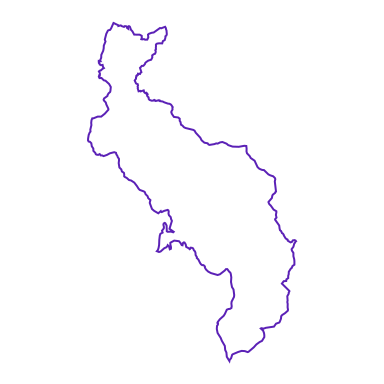 outline of Zavoi, Caras-Severin, Romania
{"feature_id": "2599482B12025753001267", "entity_name": "Zavoi", "entity_type": "district", "adm_level": 2, "iso_a3": "ROU", "parent_name": "Romania", "parent_adm1": "Caras-Severin", "projection": "orthographic", "projection_center": [22.559, 45.382], "detail": "fine", "context": "isolated", "style": "outline", "palette": "violet", "viewbox_px": 384, "rotation_deg": 0, "n_neighbors": 0, "source": "geoboundaries", "source_scale": "gbopen_adm2", "svg_char_len": 5941}
<svg xmlns="http://www.w3.org/2000/svg" viewBox="0 0 384 384"><path d="M287.6,307.3L287.7,303.9L287.3,302.0L287.6,300.7L287.3,296.2L288.7,293.7L288.7,292.6L289.4,291.4L289.4,291.0L281.9,283.6L283.7,281.2L286.2,281.0L286.4,279.4L288.2,278.1L288.2,275.8L288.7,274.2L288.8,271.8L290.8,268.6L291.7,268.0L292.5,266.0L294.4,264.7L294.4,261.1L294.2,259.2L293.4,256.2L293.4,252.9L291.9,250.6L291.6,249.2L293.4,246.8L294.3,243.4L295.1,242.6L295.5,241.5L296.0,241.2L295.5,240.5L294.5,240.1L292.8,240.4L291.9,241.9L290.6,242.4L287.9,240.8L287.6,240.4L287.6,239.6L285.7,238.5L283.8,235.4L283.7,234.7L282.9,233.6L282.0,233.1L281.1,231.1L280.0,230.2L279.6,228.6L279.2,225.5L275.1,219.7L275.2,219.0L276.5,217.6L275.9,215.0L276.4,212.1L276.3,211.2L273.6,209.6L270.7,205.5L269.4,204.3L268.5,202.4L268.5,201.9L271.9,198.0L272.3,195.7L272.8,194.7L275.1,192.9L275.3,192.2L276.0,191.6L274.8,181.4L275.3,179.1L274.9,178.0L273.2,176.3L270.2,175.3L268.4,174.4L264.0,170.1L262.1,169.9L260.3,169.2L259.0,168.5L257.5,167.0L254.6,160.7L250.7,158.0L249.7,156.1L247.0,153.3L246.5,151.4L246.6,148.7L246.3,146.0L244.3,145.8L238.8,146.8L232.6,146.6L228.2,145.1L226.6,143.7L222.4,142.0L220.1,142.4L217.7,143.6L216.2,143.4L214.4,144.1L209.6,144.9L208.5,144.5L207.6,143.3L204.4,142.7L201.6,140.3L200.3,137.7L195.7,132.7L194.6,130.7L193.3,129.9L185.5,128.0L183.9,127.2L182.4,125.5L181.0,124.7L180.5,122.0L179.7,120.8L179.7,118.7L178.2,117.5L173.9,116.9L171.7,113.6L171.7,113.1L171.3,112.4L171.4,111.5L172.5,109.6L172.4,107.5L172.7,107.1L171.1,104.7L169.6,103.8L167.9,103.6L164.2,102.3L162.7,101.5L159.8,101.1L159.6,101.0L159.7,100.5L158.9,100.2L155.7,101.0L154.7,100.6L154.8,100.2L154.2,99.9L153.2,100.6L151.7,100.7L149.5,99.9L148.7,98.9L148.6,97.4L147.4,96.3L146.8,94.3L147.5,94.2L147.3,93.6L146.2,92.7L145.5,93.2L144.8,92.8L144.2,92.2L143.7,90.4L140.6,91.4L140.2,90.9L138.6,91.3L137.7,88.3L137.9,87.8L137.6,86.4L138.0,85.5L137.7,84.7L137.8,84.3L136.0,83.4L134.7,80.5L136.0,78.7L136.0,77.1L136.6,76.5L136.4,75.7L137.2,75.0L137.9,74.9L138.0,73.7L140.0,74.0L140.5,72.9L141.4,72.2L140.0,67.9L140.3,67.6L141.8,65.9L143.4,65.8L144.9,64.1L145.3,62.9L146.4,61.9L148.3,60.6L151.2,59.7L152.3,57.5L152.2,55.4L153.6,54.3L155.1,53.7L155.7,52.1L155.7,51.0L155.3,50.2L156.0,49.1L155.8,48.0L156.0,46.3L155.9,44.8L156.2,44.2L157.1,43.6L159.1,43.3L162.2,43.4L162.9,41.1L164.7,40.1L165.4,37.7L165.4,36.3L166.4,35.5L166.8,34.1L166.5,30.5L166.0,29.2L165.9,28.2L165.1,26.8L161.2,28.3L160.0,28.0L153.7,32.5L151.6,32.8L148.9,33.8L148.0,34.6L148.3,37.4L147.3,39.6L145.1,39.7L144.0,39.1L142.2,39.4L141.3,39.2L141.8,37.7L141.7,35.8L139.7,34.7L134.2,34.6L132.4,31.3L131.0,29.8L129.9,26.8L129.4,26.3L128.6,26.2L127.8,26.7L128.1,28.7L127.1,28.0L126.8,26.8L126.0,26.2L124.6,26.2L124.0,26.9L121.7,26.1L120.8,25.4L118.4,26.0L118.4,25.3L113.5,23.0L111.1,28.4L110.1,29.9L108.3,30.3L107.8,30.8L106.3,33.8L104.8,39.6L105.5,41.5L103.8,45.6L103.7,48.2L103.2,50.8L101.3,54.9L101.2,57.8L100.3,59.9L100.4,60.6L99.6,60.7L100.0,61.1L98.9,61.1L99.0,62.0L98.8,62.0L98.9,63.0L99.5,63.2L99.7,64.5L101.0,65.2L102.6,64.9L103.0,66.9L103.9,68.1L102.6,68.8L100.7,70.5L100.1,70.5L98.9,71.4L99.9,73.4L99.9,75.1L99.6,76.1L99.1,75.7L98.8,76.7L99.5,78.1L101.5,78.0L103.8,80.3L105.5,80.7L109.1,84.0L110.8,87.0L110.4,91.0L110.1,92.0L108.6,93.3L107.7,94.8L107.4,96.0L104.1,98.4L103.6,99.8L104.0,100.6L105.8,102.5L106.3,104.4L108.3,108.6L108.4,109.7L104.8,113.7L101.2,116.6L97.7,116.6L93.5,118.3L92.3,118.3L91.5,120.2L91.2,122.9L91.4,125.1L90.3,129.7L90.5,131.6L89.7,132.5L88.7,134.9L88.1,138.5L88.0,140.3L88.6,141.5L89.9,141.8L91.3,143.2L91.8,146.3L93.3,148.5L93.4,150.9L95.3,152.9L95.8,154.2L96.4,154.6L98.1,154.9L99.7,154.1L100.7,155.4L102.1,155.4L103.6,156.1L107.0,154.9L109.9,153.3L114.2,152.2L116.0,152.8L116.4,154.5L117.2,155.5L117.8,157.2L118.9,158.7L119.0,160.5L118.7,163.1L119.4,167.5L121.3,169.4L121.9,171.5L123.9,172.8L124.2,174.3L124.2,176.4L124.9,177.0L126.7,177.9L129.0,180.0L131.1,180.5L134.3,182.6L137.1,186.3L138.5,188.6L139.7,189.9L143.8,191.4L144.8,192.1L145.6,194.2L147.6,196.2L148.2,198.1L150.4,200.1L149.8,202.4L149.8,203.1L152.0,209.0L154.2,210.9L158.3,213.3L160.8,211.1L161.2,211.9L161.7,212.1L164.1,210.9L167.7,209.9L168.4,210.4L168.7,211.5L168.5,213.7L169.0,215.3L170.7,217.1L171.1,219.1L171.9,220.9L169.5,228.8L173.7,231.8L173.2,232.3L171.0,231.6L167.7,231.8L166.8,231.3L166.6,225.5L165.3,223.2L164.7,222.9L163.7,223.5L163.4,224.8L163.8,226.3L163.9,227.9L163.6,228.7L162.0,230.7L162.6,232.6L160.4,233.8L159.8,235.6L159.3,239.8L159.1,245.0L158.6,247.8L157.9,250.0L156.9,251.2L159.0,252.0L160.6,251.5L164.3,248.2L166.3,247.3L167.4,246.1L167.7,245.2L169.0,246.4L169.8,249.3L170.9,248.8L171.0,247.2L170.3,244.1L170.4,242.7L174.2,240.6L179.0,241.2L180.5,243.0L181.7,245.1L182.5,245.3L183.0,243.0L183.8,242.4L184.5,242.5L185.7,244.4L186.2,246.9L188.8,248.3L189.7,249.2L190.1,248.9L190.6,247.7L191.9,247.8L193.1,248.4L193.9,250.3L195.0,251.4L195.5,253.0L195.6,255.0L196.9,257.2L196.8,258.0L198.3,259.4L200.1,263.0L201.0,264.3L202.1,265.1L203.4,265.1L204.2,265.7L204.9,266.5L204.9,267.6L206.0,269.5L208.2,271.6L211.0,273.1L217.6,275.0L219.9,274.3L224.8,270.5L226.0,269.1L227.3,269.1L229.1,271.6L230.3,272.6L230.8,274.0L231.3,277.4L231.0,282.0L232.0,287.1L233.5,289.5L234.2,295.0L234.0,296.9L231.6,301.7L231.4,303.6L231.7,306.2L231.4,308.0L229.9,308.9L228.5,309.0L226.8,309.7L224.9,313.9L223.7,315.8L219.9,319.2L217.8,321.9L217.4,322.9L218.0,323.3L217.9,324.6L217.0,325.9L216.8,329.0L217.6,333.0L220.7,337.9L221.8,340.7L224.8,345.9L225.2,350.0L226.4,352.5L226.8,356.8L229.4,361.0L229.6,360.0L231.1,358.2L232.2,354.7L232.7,354.3L238.1,352.0L241.6,350.9L244.8,351.1L247.7,352.1L248.5,351.8L253.8,347.3L256.4,344.4L259.7,342.0L262.0,340.9L264.3,337.1L264.3,335.0L264.0,333.0L263.1,330.6L260.8,328.5L261.3,328.2L263.7,328.6L265.9,327.8L274.0,326.6L276.0,323.7L279.3,322.5L279.8,321.7L281.0,318.6L281.2,316.2L282.2,315.0L285.0,313.2L287.8,310.7L288.0,309.7L287.6,307.3Z" fill="none" stroke="#5b21b6" stroke-width="2"/></svg>